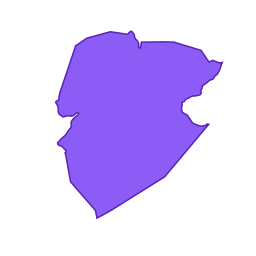 Planaltino, Bahia, Brazil, rotated 286°
{"feature_id": "56859067B83552260244664", "entity_name": "Planaltino", "entity_type": "district", "adm_level": 2, "iso_a3": "BRA", "parent_name": "Brazil", "parent_adm1": "Bahia", "projection": "mercator", "projection_center": [-40.275, -13.193], "detail": "fine", "context": "isolated", "style": "filled", "palette": "violet", "viewbox_px": 256, "rotation_deg": 286, "n_neighbors": 0, "source": "geoboundaries", "source_scale": "gbopen_adm2", "svg_char_len": 1999}
<svg xmlns="http://www.w3.org/2000/svg" viewBox="0 0 256 256"><g transform="rotate(286 128 128)"><path d="M86.6,74.3L85.3,75.4L69.8,83.0L60.5,87.6L54.3,97.0L41.5,116.7L39.6,119.5L32.8,123.0L38.2,128.5L44.2,134.5L61.3,149.8L70.5,158.1L91.2,176.7L110.0,185.1L146.0,201.1L153.8,204.6L153.6,202.9L152.3,202.2L151.2,200.5L150.0,198.2L149.7,196.1L150.0,194.0L150.1,191.9L150.3,189.9L151.0,188.2L152.4,186.4L153.9,184.9L154.7,183.6L155.9,182.5L156.7,181.2L157.2,179.7L157.5,177.7L158.2,175.8L159.4,175.1L161.1,174.0L163.5,174.0L165.6,173.5L167.6,172.9L168.9,174.8L170.7,175.2L172.2,176.2L173.3,177.9L175.2,179.5L176.6,181.3L177.0,183.2L178.0,185.0L178.9,186.7L179.8,188.2L181.4,188.8L182.9,188.2L184.5,187.6L186.5,188.2L189.1,188.0L190.8,189.2L192.2,190.5L194.1,191.9L196.0,192.9L197.4,194.8L198.5,196.2L200.4,197.0L202.4,197.4L203.8,198.8L205.9,199.4L208.9,200.1L211.3,200.1L213.0,200.4L214.8,200.2L216.9,200.6L215.8,198.2L215.9,196.1L216.1,193.5L216.5,191.0L215.2,189.4L213.6,188.2L215.4,185.6L222.8,176.8L222.9,167.2L223.2,148.4L222.2,144.7L221.7,142.8L220.7,138.8L214.2,117.2L212.0,117.5L209.8,117.7L208.1,117.5L208.1,115.9L210.3,115.6L212.5,114.8L214.2,113.2L215.4,111.1L216.8,109.4L218.8,108.7L220.1,107.6L221.2,106.2L222.0,104.4L220.2,102.8L218.2,102.0L217.7,100.2L216.8,92.9L216.2,88.6L215.7,84.6L212.7,79.6L206.6,69.6L203.0,63.6L194.5,56.7L192.7,55.0L168.5,54.0L160.4,53.6L156.2,53.4L149.3,53.1L144.5,52.8L139.6,53.0L137.1,53.5L135.3,53.4L134.1,51.7L132.7,51.4L131.4,52.7L130.1,54.2L128.1,55.4L125.4,56.1L123.6,56.9L122.1,58.3L121.6,60.1L120.7,62.6L121.7,64.2L122.6,65.6L123.5,67.6L123.6,69.9L124.8,72.1L126.3,73.0L127.6,73.9L129.1,75.2L128.2,76.6L126.4,76.1L124.9,74.9L123.3,73.9L121.0,72.6L119.0,71.9L117.3,71.8L115.4,72.6L113.6,73.0L112.0,72.8L110.0,71.7L108.2,71.2L106.0,70.6L104.1,69.9L102.6,69.0L101.3,68.2L99.1,66.7L96.5,65.6L94.4,64.3L92.7,65.3L92.2,66.7L92.5,68.4L91.9,69.7L91.3,71.3L90.0,72.7L89.9,74.1L88.4,75.0L86.6,74.3Z" fill="#8b5cf6" stroke="#5b21b6" stroke-width="1.5"/></g></svg>